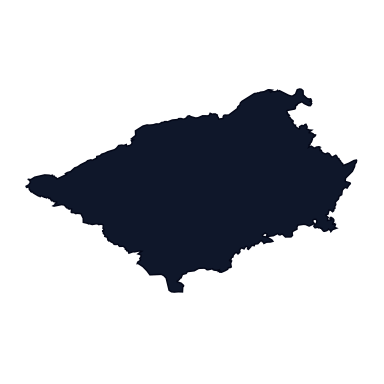 Yangon (North), Yangon, Myanmar (Equal Earth projection), rotated 268°
{"feature_id": "60261553B66884558345744", "entity_name": "Yangon (North)", "entity_type": "district", "adm_level": 2, "iso_a3": "MMR", "parent_name": "Myanmar", "parent_adm1": "Yangon", "projection": "equal_earth", "projection_center": [96.121, 17.31], "detail": "fine", "context": "isolated", "style": "filled", "palette": "ink", "viewbox_px": 384, "rotation_deg": 268, "n_neighbors": 0, "source": "geoboundaries", "source_scale": "gbopen_adm2", "svg_char_len": 6078}
<svg xmlns="http://www.w3.org/2000/svg" viewBox="0 0 384 384"><g transform="rotate(268 192 192)"><path d="M92.5,179.0L97.6,179.4L97.9,180.1L98.9,180.3L101.2,178.0L102.8,174.1L103.5,174.1L104.9,176.1L106.4,177.3L106.6,178.1L109.9,179.5L110.8,183.3L112.6,184.6L113.2,191.5L115.4,195.9L115.5,197.2L115.5,201.6L115.0,203.0L114.0,203.9L113.7,205.1L114.6,209.8L113.6,210.4L113.2,211.4L112.7,214.3L113.3,216.3L111.8,215.6L111.9,217.4L111.0,217.0L110.8,218.7L112.2,222.3L113.5,224.9L115.1,225.7L115.1,227.4L115.7,228.6L119.3,228.1L121.4,229.0L121.4,228.2L122.0,228.5L122.3,227.2L122.8,227.3L123.2,228.5L125.2,229.2L125.6,230.6L127.5,231.0L129.9,233.4L129.9,234.4L128.5,235.8L129.9,237.4L130.7,237.8L132.5,237.5L134.5,239.5L133.3,242.0L135.6,243.6L135.6,244.9L134.5,246.2L133.3,245.5L132.7,246.4L135.3,248.9L136.6,249.6L136.2,252.4L137.7,252.6L138.0,256.0L140.6,258.6L141.0,259.9L139.9,260.5L139.5,261.5L138.1,262.1L139.3,264.8L139.3,268.7L139.9,271.1L141.3,270.1L144.2,265.6L145.1,261.5L146.6,260.8L148.5,263.6L147.1,265.8L145.5,265.0L144.9,265.5L145.5,271.8L147.6,276.3L146.4,277.2L146.0,278.4L146.7,280.0L146.7,281.0L143.8,283.8L143.7,289.4L145.1,290.9L148.1,290.6L149.3,291.6L151.2,295.6L153.3,295.6L155.2,296.7L155.8,302.1L155.6,304.4L153.9,307.9L156.2,313.1L158.3,311.7L159.5,311.7L160.5,313.1L160.4,314.9L158.8,315.9L156.4,315.2L154.2,312.9L153.4,312.6L151.9,313.8L152.4,316.3L151.7,317.4L151.9,318.8L151.3,319.2L151.0,320.5L150.3,320.5L148.3,322.1L148.1,323.1L148.7,325.4L150.2,327.2L149.4,327.8L149.3,328.9L147.6,329.4L149.5,331.1L150.8,335.2L151.7,333.2L154.6,334.2L154.8,333.0L155.3,333.2L155.0,331.5L156.2,331.7L157.5,332.6L159.2,332.8L160.6,331.9L161.8,330.1L161.7,329.4L160.8,329.0L159.9,330.4L159.4,330.4L158.8,326.5L161.1,326.7L161.8,327.2L163.4,325.3L164.5,325.2L165.1,327.1L169.2,328.3L169.0,330.0L167.4,331.8L168.4,333.0L169.8,332.9L170.6,334.2L172.9,334.2L174.2,335.2L176.9,334.9L179.9,338.1L182.6,338.7L184.1,341.5L188.4,342.2L190.4,343.9L191.0,345.1L191.2,345.8L190.5,347.1L193.2,348.9L194.4,350.2L195.1,350.5L195.7,350.1L197.1,345.7L198.2,345.5L200.6,346.0L207.1,353.0L211.6,355.3L214.2,355.8L215.9,357.2L217.9,357.6L218.2,357.4L217.8,355.0L215.3,349.9L213.2,344.0L214.9,343.6L216.6,341.8L217.6,341.6L219.1,340.2L220.3,339.9L220.8,338.5L222.6,338.0L223.7,337.0L221.8,333.0L225.5,330.4L226.2,328.9L225.3,326.5L227.0,323.4L228.9,322.7L229.3,322.3L229.1,321.5L232.0,321.2L232.2,320.7L232.4,321.3L232.8,320.5L232.5,317.7L231.7,317.0L231.8,315.0L232.4,314.6L233.6,312.8L233.4,311.4L232.7,310.2L233.9,310.7L234.8,310.4L235.6,311.6L236.8,311.9L237.8,313.0L240.5,314.1L241.4,313.9L243.7,317.0L244.6,317.5L244.9,316.9L244.7,315.6L245.7,315.3L246.8,313.5L247.2,311.2L248.1,311.5L249.6,313.7L249.9,311.2L251.1,308.8L251.7,308.5L252.9,309.4L255.7,308.2L255.4,307.2L254.2,306.0L254.7,304.1L253.5,301.8L251.9,301.9L251.2,301.4L252.9,298.5L254.2,297.6L255.1,297.7L255.0,296.9L257.6,294.7L258.4,294.5L258.6,295.5L259.6,295.5L261.3,293.5L263.1,292.4L263.1,291.7L264.9,291.2L265.2,291.9L266.4,291.0L266.8,290.0L268.3,290.0L269.5,289.4L270.2,290.2L271.4,297.7L272.1,298.2L274.8,298.6L274.9,299.2L275.5,299.4L275.4,300.1L276.7,300.9L278.4,305.1L276.5,307.2L275.0,310.1L274.2,311.8L274.2,313.4L276.2,314.7L277.2,314.1L278.4,314.6L278.5,313.9L278.7,314.3L279.2,313.9L279.2,314.3L280.1,314.3L281.0,313.8L280.8,312.1L281.6,310.1L285.2,306.5L289.3,306.5L290.8,304.9L291.2,303.3L290.6,300.8L286.2,298.9L284.3,295.7L284.5,294.1L285.3,291.9L290.2,282.9L289.6,281.8L290.6,281.1L289.9,280.4L289.3,278.3L289.8,275.5L288.9,274.1L290.4,273.0L291.1,274.9L291.5,272.7L291.5,271.6L289.7,267.6L289.3,263.7L288.6,262.4L288.8,261.2L288.4,260.5L288.2,257.8L280.8,245.0L279.3,243.5L277.4,243.0L275.5,240.7L273.7,240.2L267.6,231.4L267.6,229.0L267.3,228.9L267.8,227.8L267.4,226.5L266.5,225.9L264.4,225.7L263.9,221.2L265.7,220.8L266.6,219.9L268.0,220.0L269.3,217.7L268.8,217.3L268.8,216.5L269.2,216.3L269.0,215.0L270.0,212.9L267.9,211.8L267.5,210.7L267.8,205.3L266.0,200.7L265.8,198.3L267.2,193.8L268.3,191.9L267.8,190.1L266.4,189.2L265.3,187.2L265.1,185.7L265.8,183.7L265.8,181.3L264.9,180.1L264.6,174.8L262.8,169.6L263.2,169.2L263.3,167.1L262.5,165.7L262.6,164.3L261.1,161.6L261.3,158.5L260.5,155.6L260.3,151.5L260.6,149.4L259.6,145.3L255.1,137.6L250.5,137.7L247.2,133.3L246.2,135.4L245.4,133.2L244.0,133.9L242.0,133.5L240.8,131.9L240.0,128.2L241.7,128.0L240.9,125.6L241.3,123.3L241.0,120.4L238.3,118.0L237.0,116.1L235.1,109.1L233.9,106.6L232.9,103.0L231.4,101.4L230.8,98.1L229.1,97.9L227.1,93.2L227.7,92.2L226.9,88.8L225.6,87.2L223.2,81.8L221.0,78.4L220.2,75.6L216.6,71.4L215.8,68.1L214.8,66.2L213.8,67.2L209.7,57.5L211.2,56.5L211.7,55.1L212.7,54.7L212.3,53.2L213.6,53.1L213.3,51.1L213.8,49.8L214.2,45.3L212.3,35.4L210.0,31.4L210.5,28.3L209.5,30.1L207.5,30.9L204.9,29.2L203.5,26.4L202.6,26.7L202.3,27.1L202.8,28.6L202.4,29.3L200.0,29.6L198.8,30.8L198.2,30.8L197.6,31.6L198.0,32.5L196.7,33.3L193.4,38.4L193.2,39.8L192.7,40.1L193.6,41.2L192.6,42.9L192.7,43.6L191.9,44.1L191.7,45.6L191.2,46.3L191.8,48.0L190.5,48.9L190.8,49.9L188.2,51.3L188.5,52.1L187.2,53.5L186.7,56.4L185.7,56.4L185.1,54.9L183.9,54.4L183.0,52.8L182.7,53.6L184.0,61.3L183.4,64.0L180.6,66.2L180.2,67.8L179.5,67.9L179.2,69.2L179.5,70.0L179.1,71.1L176.0,70.6L175.6,71.1L175.5,73.5L174.5,74.8L174.7,77.0L174.2,80.3L169.5,82.4L165.5,82.3L164.3,86.8L163.8,87.3L163.8,88.7L163.0,91.1L163.6,95.3L163.2,97.1L162.7,97.6L163.0,99.6L162.8,101.0L162.0,102.3L158.8,101.8L157.7,102.9L157.0,102.6L156.4,101.4L155.7,101.4L155.5,102.1L153.7,102.0L152.5,103.2L151.5,103.6L150.7,103.3L149.7,105.8L146.9,106.3L146.8,107.1L146.1,107.1L146.1,108.1L144.7,109.7L144.5,110.8L142.4,112.4L142.2,114.2L142.4,116.4L140.9,117.0L140.2,117.8L140.2,121.3L138.7,123.2L137.2,123.4L137.2,124.1L135.5,124.8L135.4,126.1L133.1,126.8L134.3,130.8L134.2,132.8L134.9,136.9L134.5,139.7L132.0,135.9L131.1,138.5L129.7,139.1L127.2,137.5L126.1,138.2L125.5,138.1L123.8,135.3L122.4,134.8L122.5,135.6L119.2,140.3L114.9,144.2L110.7,147.1L110.8,158.5L109.5,160.9L106.9,163.2L94.6,165.7L93.0,168.0L92.6,170.8L92.8,174.9L92.5,179.0Z" fill="#0f172a" stroke="#020617" stroke-width="1.5"/></g></svg>